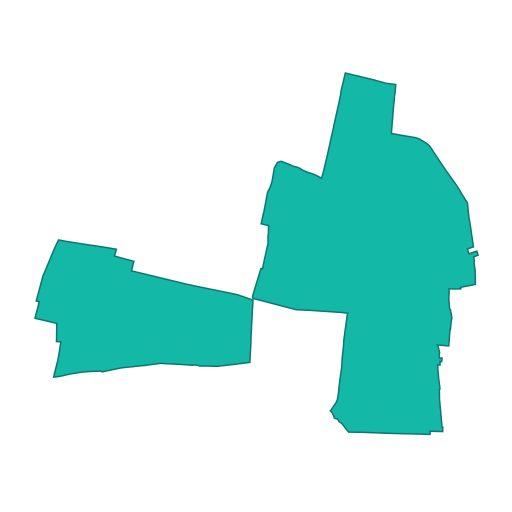 Santa Lucía del Camino, Oaxaca, Mexico (Albers equal-area conic projection), rotated 179°
{"feature_id": "50627088B1841246118365", "entity_name": "Santa Lucía del Camino", "entity_type": "district", "adm_level": 2, "iso_a3": "MEX", "parent_name": "Mexico", "parent_adm1": "Oaxaca", "projection": "albers", "projection_center": [-96.693, 17.063], "detail": "fine", "context": "isolated", "style": "filled", "palette": "teal", "viewbox_px": 512, "rotation_deg": 179, "n_neighbors": 0, "source": "geoboundaries", "source_scale": "gbopen_adm2", "svg_char_len": 4833}
<svg xmlns="http://www.w3.org/2000/svg" viewBox="0 0 512 512"><g transform="rotate(179 256 256)"><path d="M250.3,288.1L245.7,286.9L243.5,286.3L242.8,286.1L242.9,284.9L243.0,283.9L243.1,280.6L243.4,276.8L243.7,275.0L243.7,272.7L243.8,267.8L243.9,267.6L245.0,263.2L245.4,261.6L247.7,252.1L249.7,243.2L251.3,243.4L253.3,237.2L256.7,226.6L260.1,216.0L259.9,213.7L247.4,210.2L231.0,205.6L216.7,201.6L201.4,200.6L200.4,200.5L199.4,200.4L199.1,200.4L189.7,199.6L186.3,199.3L183.7,199.1L172.2,198.1L169.7,197.8L167.9,197.6L165.3,197.3L166.0,194.4L166.6,189.9L168.8,176.2L169.3,172.6L169.8,168.9L170.1,164.4L170.4,162.2L170.8,158.8L171.6,152.6L171.9,148.0L172.1,144.8L172.4,142.4L172.8,139.8L173.3,136.7L173.9,133.5L174.2,131.4L175.4,122.7L175.8,118.2L176.7,113.3L177.2,110.9L177.9,109.2L179.1,107.2L184.0,100.3L184.4,99.9L183.5,99.0L182.6,98.0L181.8,96.1L181.1,94.8L180.7,92.9L179.6,92.1L177.4,91.5L176.7,90.7L175.8,88.9L173.1,87.0L172.2,85.8L170.5,83.6L169.5,82.0L166.4,78.3L165.7,78.3L159.9,78.1L156.9,78.0L154.3,78.0L153.9,77.9L152.1,77.8L149.4,77.7L147.7,77.6L146.5,77.5L146.1,77.5L144.7,77.4L143.2,77.3L142.8,77.3L141.9,77.3L140.2,77.2L130.7,76.6L115.3,75.9L105.0,75.5L96.2,75.1L85.1,74.6L85.0,76.6L85.0,76.9L85.0,77.7L84.6,77.7L72.8,77.2L72.4,77.2L72.3,79.5L72.2,80.8L72.2,81.5L72.9,81.5L73.1,83.2L73.3,87.0L73.4,87.5L73.7,92.0L74.1,97.6L74.5,102.6L74.9,108.2L75.0,108.7L75.0,119.3L74.6,119.6L74.4,119.7L74.6,122.9L74.7,123.6L75.5,130.2L75.8,135.1L76.1,138.4L76.1,138.7L76.1,140.0L76.3,143.9L73.9,143.8L73.8,147.3L72.3,147.1L71.6,150.6L72.1,150.7L72.9,150.8L74.2,150.9L74.6,150.9L74.6,153.9L74.1,156.4L74.1,156.6L74.2,156.8L75.1,160.7L75.4,162.2L75.7,163.2L76.3,163.9L71.2,163.4L69.7,163.2L68.8,163.1L67.1,162.9L64.9,162.7L64.3,168.3L63.9,172.8L63.3,179.1L62.9,179.1L61.7,189.0L61.5,189.4L61.2,190.2L61.8,195.4L62.2,195.6L62.5,199.0L62.8,199.2L63.2,199.5L63.4,200.4L63.6,205.3L63.6,205.5L63.8,206.0L63.9,211.0L63.9,211.5L63.6,215.1L63.6,215.5L63.5,216.0L63.6,219.9L62.9,219.7L59.1,219.6L58.7,219.6L51.8,219.5L51.9,221.2L44.6,222.4L37.1,223.8L37.1,227.4L37.1,230.7L37.2,235.5L37.1,236.4L37.1,237.5L37.4,239.9L37.5,240.6L37.9,244.3L38.1,246.6L37.7,247.5L37.9,248.4L38.4,251.3L33.9,253.0L35.1,257.0L43.2,254.5L44.5,259.4L38.4,261.3L38.7,263.8L39.0,266.2L39.1,266.6L39.5,270.2L39.9,272.7L40.3,276.1L40.7,279.3L41.2,282.7L41.5,285.2L41.5,285.5L42.1,288.9L42.2,289.7L42.4,290.5L43.4,302.3L43.5,303.9L43.5,304.1L43.7,305.3L44.9,307.4L45.6,308.3L46.9,310.7L49.3,314.6L51.1,318.0L51.3,318.3L54.1,322.9L57.3,327.6L63.2,336.2L65.2,339.1L67.0,341.8L69.3,345.5L70.0,346.5L75.6,355.3L79.6,361.7L80.5,363.0L83.6,365.7L87.2,368.0L89.0,369.1L90.3,370.1L92.3,370.8L94.2,371.5L106.5,373.8L111.2,374.7L118.5,376.2L116.1,400.7L114.9,411.1L114.8,413.1L114.2,416.4L113.6,421.8L113.3,425.0L113.7,425.1L123.0,426.4L123.4,426.5L124.7,427.0L133.2,429.4L134.2,429.9L134.9,430.0L139.1,431.1L146.2,432.9L163.5,437.4L163.8,436.2L168.2,419.0L168.5,416.2L168.7,415.2L171.1,404.8L171.5,403.3L174.2,392.1L176.1,384.2L176.3,383.0L178.6,373.6L180.6,365.2L182.8,356.0L186.5,341.6L187.5,337.8L188.3,335.2L188.6,334.3L189.1,332.7L189.8,333.0L192.4,334.5L195.4,336.0L197.4,336.9L202.5,338.7L207.0,340.6L210.5,342.8L213.3,344.1L216.3,344.8L222.5,347.6L228.5,350.0L229.6,350.2L230.4,350.0L233.0,349.1L236.1,343.8L236.5,341.5L237.1,338.6L238.0,333.6L238.7,330.2L239.7,327.2L240.8,324.1L243.2,319.9L244.5,314.0L245.2,310.5L246.6,303.4L247.1,301.1L247.3,300.0L247.4,299.6L247.9,298.2L249.5,291.2L250.0,289.4L250.3,288.1ZM460.5,138.4L459.5,138.5L459.1,138.5L456.8,138.8L454.9,139.0L451.1,139.7L445.2,141.0L444.2,141.2L443.9,141.3L439.2,141.9L436.5,142.3L430.9,143.0L428.0,143.2L426.8,143.3L424.3,143.4L423.4,143.4L421.2,143.5L413.3,143.6L412.2,143.0L411.4,142.9L407.3,143.7L404.5,144.2L402.3,144.7L397.5,145.6L392.6,146.5L386.2,147.1L385.0,147.2L383.1,147.3L380.1,147.6L378.1,147.8L370.9,148.4L370.0,148.4L361.0,149.5L358.9,149.7L356.5,149.9L354.2,150.3L352.2,150.2L333.9,149.0L327.0,148.4L322.0,147.9L318.8,148.1L315.3,147.5L314.6,147.1L313.6,146.9L309.9,146.9L305.6,146.8L301.9,146.6L299.2,146.5L296.7,146.4L295.4,146.4L293.3,146.8L289.5,147.0L288.6,147.2L285.5,147.5L279.6,148.0L273.6,148.7L265.8,149.5L264.0,149.7L262.6,169.1L262.3,176.9L262.3,177.0L260.2,206.5L259.8,212.0L266.2,214.3L275.4,217.7L315.0,226.5L315.7,226.7L315.9,226.7L316.1,226.8L325.4,228.9L368.8,240.2L380.7,243.3L379.0,249.9L378.2,252.8L385.5,254.9L386.3,255.1L397.1,258.3L397.5,258.4L396.0,263.5L395.5,265.2L404.5,266.9L406.4,267.2L408.9,267.7L412.2,268.2L414.3,268.6L417.9,269.2L419.0,269.4L422.5,269.9L424.1,270.2L426.4,270.6L437.9,272.6L443.8,273.6L444.3,273.7L453.2,275.5L457.1,267.6L457.7,266.3L469.5,239.3L476.5,214.8L473.5,214.0L478.1,197.6L456.4,192.1L456.8,178.6L457.0,173.9L455.4,173.8L452.6,173.6L454.6,162.1L455.8,155.9L460.5,138.4Z" fill="#14b8a6" stroke="#0f766e" stroke-width="1.5"/></g></svg>